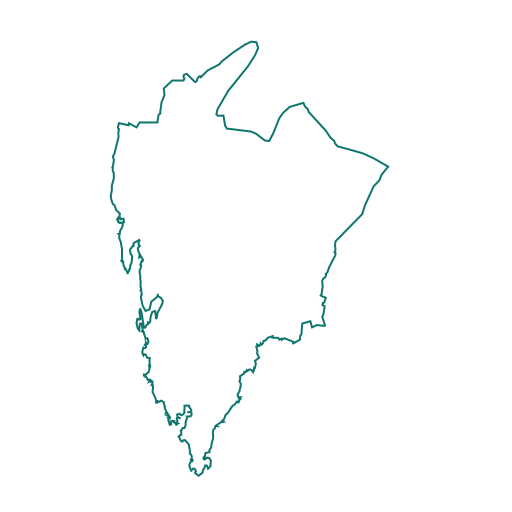 outline of Rygge nor, Østfold, Norway, rotated 355°
{"feature_id": "86288312B33808129410619", "entity_name": "Rygge nor", "entity_type": "district", "adm_level": 2, "iso_a3": "NOR", "parent_name": "Norway", "parent_adm1": "Østfold", "projection": "mercator", "projection_center": [10.691, 59.372], "detail": "fine", "context": "isolated", "style": "outline", "palette": "teal", "viewbox_px": 512, "rotation_deg": 355, "n_neighbors": 0, "source": "geoboundaries", "source_scale": "gbopen_adm2", "svg_char_len": 6115}
<svg xmlns="http://www.w3.org/2000/svg" viewBox="0 0 512 512"><g transform="rotate(355 256 256)"><path d="M316.6,107.6L302.5,110.4L295.1,116.1L291.2,120.8L283.8,135.4L279.2,142.6L274.9,141.7L266.8,134.3L261.9,131.6L238.0,126.5L236.6,123.5L235.8,113.3L230.3,113.0L228.9,111.5L230.3,106.7L242.5,89.3L264.7,66.1L272.8,55.5L276.3,48.9L274.9,43.0L269.9,42.1L263.4,44.5L251.6,50.9L239.1,59.0L236.0,62.0L224.0,66.9L216.7,73.1L215.9,71.9L215.1,72.2L213.0,74.2L212.3,76.5L211.0,77.4L210.1,77.0L202.9,68.5L200.2,69.2L199.3,70.7L200.1,73.2L199.0,74.9L187.8,73.9L178.7,81.1L178.9,87.7L175.3,94.6L173.0,104.9L173.2,105.5L171.2,107.0L169.4,114.4L151.8,112.8L148.2,117.4L140.9,112.7L140.4,114.7L131.1,111.7L129.8,115.2L129.6,116.3L130.5,117.5L129.5,121.8L129.5,125.3L123.8,141.9L122.1,144.3L122.8,147.9L121.2,154.6L120.7,155.0L121.0,155.3L120.7,158.6L121.5,160.9L121.2,166.0L118.5,173.5L118.2,177.5L116.6,183.5L116.7,186.9L117.8,191.4L119.5,193.3L120.7,198.1L124.1,201.9L123.4,204.8L123.7,205.7L122.5,206.7L124.1,206.4L124.1,208.5L124.5,207.4L127.3,207.4L127.4,210.9L123.4,211.0L121.9,210.1L121.5,208.7L121.9,206.0L121.3,206.6L121.2,208.1L121.8,210.4L123.0,211.2L125.4,211.3L126.1,212.9L125.2,215.9L122.9,218.8L122.2,222.0L121.1,222.0L121.7,222.7L121.3,226.5L122.5,230.1L123.1,237.4L122.2,247.5L122.6,248.9L122.0,249.0L122.8,249.8L122.1,249.9L123.0,251.0L123.4,254.4L124.3,256.3L124.2,257.6L125.0,257.5L126.4,261.1L126.4,262.6L128.0,259.2L128.0,260.5L128.7,257.9L129.5,257.6L129.8,254.7L131.6,251.5L132.5,245.9L132.3,244.3L131.2,243.0L131.0,238.6L134.4,235.1L135.8,235.4L134.5,234.8L135.4,232.4L141.1,229.8L141.3,230.3L139.9,233.4L140.3,235.3L141.1,235.7L139.0,237.8L139.1,240.6L140.0,243.4L139.0,243.6L140.1,243.4L140.8,245.4L139.7,245.9L139.6,247.4L141.3,246.2L143.1,249.9L142.1,251.4L140.6,250.9L142.1,251.5L140.8,252.5L140.4,254.7L139.3,254.4L140.8,255.4L140.0,258.3L138.9,259.8L138.7,263.5L139.1,267.0L138.5,268.1L138.9,270.6L138.3,276.6L138.8,278.7L138.0,280.1L138.6,280.4L138.9,284.4L138.1,285.4L137.7,287.6L138.8,295.9L141.2,301.1L145.3,299.9L147.7,292.4L153.1,288.8L154.8,286.6L154.9,285.0L154.8,287.5L157.7,289.4L159.3,292.9L158.3,295.7L152.8,304.3L152.0,308.2L151.2,309.4L150.7,309.0L151.2,306.9L150.8,305.6L150.8,302.0L147.7,302.7L145.6,307.7L144.9,312.3L143.9,313.3L142.6,312.6L142.5,314.2L140.7,315.4L139.5,317.6L138.6,317.7L138.0,316.2L137.0,301.7L136.2,298.8L135.6,299.1L135.0,301.5L135.4,308.7L134.2,309.3L133.6,308.3L132.3,308.3L131.1,312.5L131.9,317.9L133.1,319.8L134.4,313.4L136.1,313.2L136.7,319.9L137.4,321.8L136.5,321.6L137.4,322.4L138.9,328.9L140.7,328.5L141.4,332.0L140.2,334.2L139.2,334.1L139.2,333.3L138.8,332.6L138.8,333.5L137.4,334.9L138.7,335.9L138.5,337.3L137.1,338.2L135.7,337.4L134.3,342.1L135.2,345.2L136.0,344.2L137.5,344.6L138.7,347.9L141.3,348.4L140.7,351.3L140.8,355.2L139.9,355.4L139.3,356.6L140.3,355.6L141.0,356.3L140.9,357.3L139.8,358.3L140.1,359.4L138.6,362.6L135.4,364.6L134.0,364.3L134.0,366.3L134.3,364.9L135.3,364.8L135.2,366.5L135.9,366.4L137.4,369.9L139.2,370.0L138.6,371.5L140.1,370.4L141.4,371.6L139.3,372.2L141.7,372.2L141.8,374.8L140.9,375.0L140.8,375.4L141.8,375.1L142.1,377.4L141.1,382.4L143.5,389.0L143.9,391.4L143.6,393.2L144.3,393.4L143.9,392.3L144.2,391.8L145.2,392.0L144.7,393.2L145.5,392.0L147.0,392.9L148.9,391.8L151.5,393.7L151.3,395.1L152.2,397.8L151.7,398.9L153.3,403.7L152.5,404.8L153.9,404.5L154.6,406.4L153.8,406.8L155.2,407.1L155.9,408.6L154.9,408.9L156.2,409.4L155.9,410.5L154.7,410.0L154.2,411.0L155.4,416.7L156.8,416.3L156.8,413.4L158.1,412.9L160.2,413.3L160.4,414.2L159.9,414.6L160.9,415.1L161.9,417.1L162.6,416.7L162.2,416.0L163.4,415.9L162.4,415.2L163.3,413.8L163.0,410.9L163.4,410.0L166.8,411.2L164.1,409.9L163.5,407.1L165.8,406.4L167.6,408.1L169.8,407.4L171.3,405.2L171.0,403.3L171.5,402.2L171.7,398.9L176.2,399.2L176.2,400.4L178.0,403.6L177.9,405.4L173.9,405.8L177.9,405.7L178.1,408.1L177.6,409.2L176.7,410.1L173.1,409.8L173.3,411.5L172.2,413.1L171.3,416.1L171.3,417.8L169.9,421.0L167.8,421.1L166.4,423.4L165.6,422.5L166.2,424.5L166.0,427.6L164.7,427.8L163.6,429.4L162.5,428.6L163.7,430.0L165.2,433.9L166.6,434.4L167.6,433.2L169.0,433.1L172.5,437.5L173.3,445.7L172.8,446.9L174.0,448.3L174.5,449.8L174.4,452.5L175.2,454.0L174.4,454.9L173.3,453.9L173.3,455.0L171.5,457.8L171.4,460.2L172.8,464.2L174.8,462.3L176.2,462.6L177.5,465.2L176.3,466.8L179.6,469.9L183.9,467.1L184.4,464.7L186.1,462.8L187.1,460.2L188.8,460.5L189.7,463.7L192.3,461.5L193.2,455.7L191.6,453.1L190.0,452.6L187.3,454.2L186.3,453.9L186.1,452.8L187.8,452.3L186.7,451.7L187.8,450.4L188.4,447.9L192.6,447.3L192.7,445.1L194.6,443.0L195.3,439.5L197.5,433.7L197.7,427.9L198.4,425.3L200.0,424.1L200.7,421.9L202.5,422.1L201.7,421.3L207.0,418.3L208.5,418.4L208.2,417.5L209.1,417.7L208.5,417.0L210.0,415.7L212.0,411.4L214.2,410.0L219.5,403.2L221.8,402.2L224.1,399.5L225.4,400.0L225.5,401.2L226.1,399.4L227.1,399.8L225.9,399.0L228.0,397.0L226.9,396.6L228.3,395.3L226.2,395.1L225.5,392.6L227.7,389.2L229.3,384.5L229.7,381.7L228.6,379.6L229.5,377.3L229.6,374.3L233.6,372.2L234.3,370.5L235.2,371.0L236.9,368.8L237.5,369.8L239.5,368.4L241.6,369.1L243.0,371.5L243.9,369.8L244.3,367.3L245.1,367.5L246.5,363.3L245.8,360.4L250.3,357.5L248.6,353.4L249.1,350.7L248.4,346.3L249.4,346.1L249.4,344.2L249.9,344.5L249.8,345.5L250.5,345.0L251.1,345.9L252.6,344.8L253.0,343.4L254.0,344.8L255.6,343.1L256.2,341.2L258.2,341.0L260.7,338.4L265.6,337.3L265.2,338.8L271.0,339.5L272.0,341.3L274.2,340.6L274.4,341.7L277.1,340.4L285.7,344.7L285.3,346.2L285.7,346.3L292.6,343.1L293.1,339.2L294.4,338.1L296.2,327.3L304.5,325.7L305.6,332.0L310.4,330.1L318.1,331.6L318.7,330.9L316.7,322.4L318.2,319.5L320.0,312.0L317.9,310.6L318.6,308.5L319.9,308.2L321.9,303.7L317.0,301.0L318.0,299.6L319.8,292.1L319.7,286.6L320.9,284.5L323.1,283.3L324.3,280.7L323.9,280.0L325.7,278.5L328.0,273.4L334.9,262.5L335.5,260.5L334.6,259.2L335.2,259.0L335.8,255.5L335.6,252.3L336.5,248.3L365.4,223.6L369.0,215.0L379.3,196.8L385.5,191.4L388.1,186.1L395.4,178.5L381.8,169.0L371.3,163.0L346.8,153.8L344.7,151.0L343.7,147.8L340.5,144.6L336.5,137.3L321.0,117.0L320.5,114.3L317.8,111.3L316.6,107.6Z" fill="none" stroke="#0f766e" stroke-width="2"/></g></svg>